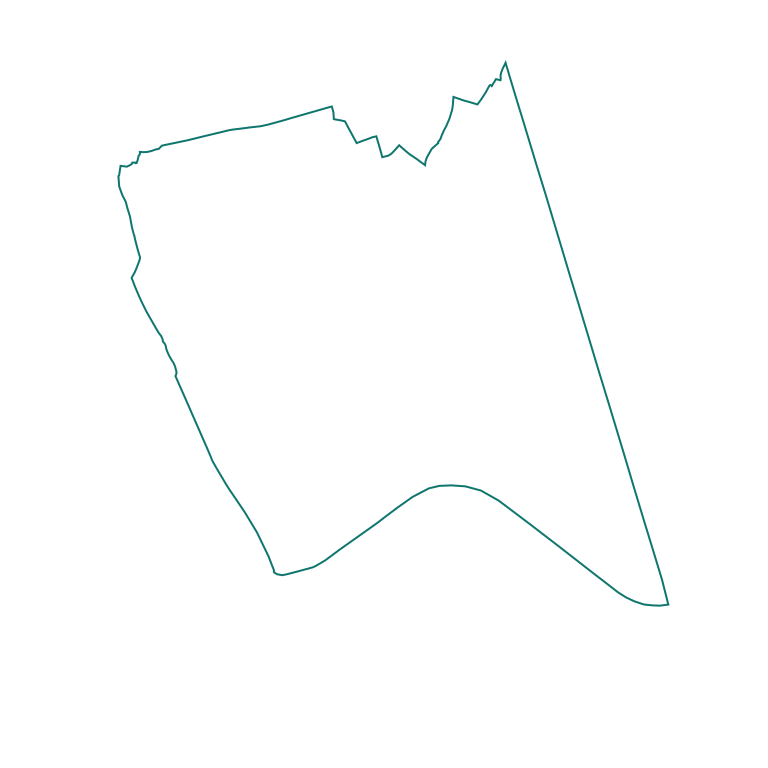 outline of Shomolu, Lagos, Nigeria, rotated 164°
{"feature_id": "59680162B68379866165825", "entity_name": "Shomolu", "entity_type": "district", "adm_level": 2, "iso_a3": "NGA", "parent_name": "Nigeria", "parent_adm1": "Lagos", "projection": "equal_earth", "projection_center": [3.386, 6.541], "detail": "fine", "context": "isolated", "style": "outline", "palette": "teal", "viewbox_px": 768, "rotation_deg": 164, "n_neighbors": 0, "source": "geoboundaries", "source_scale": "gbopen_adm2", "svg_char_len": 2731}
<svg xmlns="http://www.w3.org/2000/svg" viewBox="0 0 768 768"><g transform="rotate(164 384 384)"><path d="M577.1,666.3L581.1,657.6L582.0,657.0L584.1,646.8L583.5,637.7L582.0,630.3L582.2,623.9L582.0,615.3L583.1,603.9L583.3,596.7L583.1,595.3L583.4,592.6L583.7,581.4L583.6,572.7L584.9,570.4L589.7,563.9L592.7,560.2L597.3,555.7L597.2,554.1L596.5,545.9L595.2,535.5L594.1,528.5L592.4,519.2L591.2,514.2L588.0,501.1L586.3,494.7L585.1,492.0L584.7,489.8L584.5,487.6L584.8,485.6L584.0,484.0L583.5,482.6L583.4,481.1L583.3,479.9L583.6,478.6L583.5,476.1L583.0,471.7L581.8,466.4L580.6,462.6L580.0,458.5L580.1,454.8L580.2,452.3L581.0,450.7L582.3,449.1L578.8,423.7L576.7,408.0L576.0,402.8L574.4,390.9L571.6,370.0L570.9,364.3L570.5,361.0L570.3,358.4L569.9,356.3L568.7,351.3L563.5,331.2L561.5,324.5L560.5,321.6L553.2,299.2L547.0,276.3L542.5,250.1L541.5,239.0L541.1,235.1L541.6,234.3L541.6,233.4L541.5,233.1L539.2,230.6L534.6,228.3L530.5,227.9L518.6,227.6L503.0,227.4L499.8,227.9L489.3,230.6L472.9,236.8L428.5,252.4L421.0,255.4L405.3,261.4L387.6,267.6L369.6,271.3L358.8,270.8L346.9,267.9L343.7,266.7L334.0,263.2L320.1,254.8L317.2,251.8L311.1,245.6L305.9,240.3L303.7,237.4L283.3,210.3L261.2,180.4L235.6,145.3L216.2,118.9L209.9,111.9L203.5,106.3L194.9,100.4L187.5,97.4L180.0,94.9L171.5,93.6L170.7,119.0L171.1,144.3L171.8,184.4L172.3,219.2L172.5,242.1L172.9,271.3L173.1,284.8L173.4,304.9L174.0,338.0L174.5,376.5L174.9,406.6L175.0,412.2L175.4,437.9L175.6,455.4L175.7,463.3L176.4,521.3L177.0,550.2L177.7,597.7L177.8,603.5L178.1,618.1L178.5,646.9L178.5,652.6L178.6,655.7L178.6,659.3L180.4,657.2L182.7,654.8L185.4,651.2L186.9,648.6L187.6,645.4L188.3,643.9L192.3,646.2L196.4,642.5L198.3,640.7L198.9,641.8L199.6,642.1L200.7,641.5L205.8,636.3L212.6,630.4L217.2,627.0L223.7,631.2L229.4,634.7L238.1,640.8L241.1,632.8L242.9,628.8L247.9,621.1L253.1,614.7L256.6,611.1L259.7,607.4L262.3,603.9L265.4,601.5L265.5,600.6L271.5,597.8L273.5,596.7L280.2,590.1L282.4,587.1L284.1,583.4L284.2,583.1L284.8,583.8L290.8,591.6L296.3,598.1L300.2,603.9L303.6,609.3L310.1,605.2L313.7,603.2L317.0,602.3L323.1,602.5L323.0,612.2L323.1,624.2L327.2,624.4L331.5,624.0L337.8,623.6L343.9,623.1L344.2,624.6L345.3,629.5L346.6,635.5L347.8,640.9L348.8,645.8L349.1,647.2L351.7,648.7L359.2,652.4L358.3,656.6L357.7,659.3L357.7,665.1L359.4,665.2L379.9,665.2L390.0,665.2L399.9,665.2L407.4,665.1L424.1,665.3L431.6,665.8L441.6,667.5L451.5,669.0L458.2,670.1L462.1,670.6L489.0,671.8L505.2,672.4L521.7,673.6L529.9,674.2L531.9,674.3L535.7,672.1L538.8,672.4L543.0,672.1L547.7,672.3L551.4,673.2L554.7,674.4L555.0,672.9L555.7,671.8L556.9,671.1L559.3,666.8L561.0,664.6L561.8,664.7L562.3,665.5L564.9,666.2L565.7,665.1L567.8,664.4L571.2,663.8L577.1,666.3Z" fill="none" stroke="#0f766e" stroke-width="2"/></g></svg>